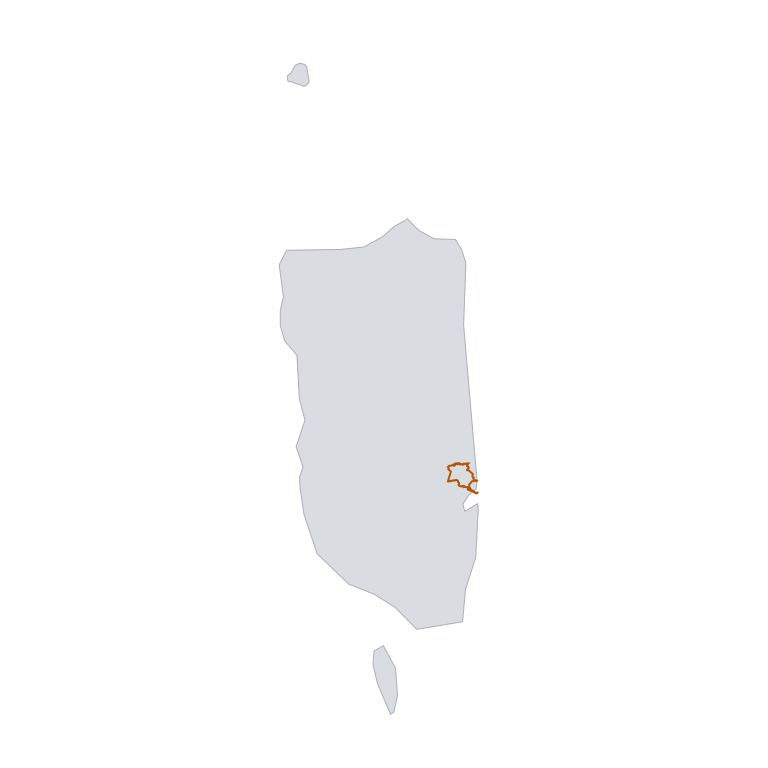 Toa Baja, Puerto Rico shown in context, rotated 83°
{"feature_id": "32010507B67187557196313", "entity_name": "Toa Baja", "entity_type": "district", "adm_level": 2, "iso_a3": "PRI", "parent_name": "Puerto Rico", "parent_adm1": "", "projection": "equal_earth", "projection_center": [-66.203, 18.432], "detail": "fine", "context": "in_parent", "style": "outline", "palette": "amber", "viewbox_px": 768, "rotation_deg": 83, "n_neighbors": 0, "source": "geoboundaries", "source_scale": "gbopen_adm2", "svg_char_len": 2971}
<svg xmlns="http://www.w3.org/2000/svg" viewBox="0 0 768 768"><g transform="rotate(83 384 384)"><path d="M505.0,313.7L512.7,320.3L520.2,319.4L514.2,305.7L519.7,305.7L567.3,314.1L598.0,328.2L629.5,335.0L631.5,381.4L607.3,400.0L591.4,419.4L578.5,443.2L544.5,471.0L503.6,479.3L476.3,480.0L466.1,479.1L456.2,474.4L435.6,478.9L410.2,466.8L388.3,469.8L345.0,466.9L328.8,477.4L313.3,479.8L298.0,477.9L285.1,473.2L253.0,473.5L239.4,464.4L245.1,411.4L245.6,387.5L237.8,367.7L229.2,355.2L223.0,340.6L235.6,330.9L245.9,316.8L249.3,295.6L260.6,290.4L273.9,288.0L335.2,297.8L490.3,303.4L499.2,305.2L505.0,313.7ZM680.2,427.1L660.7,429.1L647.9,426.4L643.7,416.5L667.3,407.2L694.9,408.6L710.7,414.1L712.7,417.8L680.2,427.1ZM71.4,442.4L69.0,442.7L66.7,442.4L65.6,441.4L64.0,438.4L57.0,433.4L55.3,428.8L57.0,423.9L59.9,422.0L74.3,421.4L75.7,421.9L78.6,425.3L78.7,427.7L77.2,430.0L74.7,435.8L73.6,437.3L72.8,438.8L72.4,441.4L71.4,442.4Z" fill="#d9dde1" stroke="#a8b0b8" stroke-width="1"/><path d="M488.2,332.3L488.2,331.8L488.6,331.6L488.2,330.8L488.7,329.8L488.3,328.7L488.1,327.4L488.3,327.0L488.1,326.1L488.4,325.8L488.3,325.0L487.9,324.1L488.2,323.5L488.4,323.4L488.8,322.9L489.0,322.5L489.7,322.6L489.8,322.6L490.6,322.2L491.1,321.6L492.4,321.6L493.1,322.3L494.3,321.7L494.3,321.3L494.7,320.8L495.0,320.2L495.1,319.4L494.8,318.8L495.1,318.5L495.1,318.4L494.9,318.1L495.5,317.7L494.9,317.4L495.1,316.9L495.5,317.1L496.0,316.6L496.1,316.3L496.5,314.8L496.5,313.7L496.9,312.8L497.5,312.0L497.3,313.2L497.6,313.5L497.8,313.4L498.2,313.0L499.0,313.5L499.5,312.6L499.6,312.1L500.1,311.9L500.6,310.7L500.7,310.4L501.3,309.3L501.6,308.4L501.8,308.2L502.5,307.9L502.3,307.3L501.3,307.9L500.8,309.0L499.3,310.7L499.0,310.8L497.9,311.3L496.9,311.8L496.7,311.8L495.9,311.8L494.8,311.7L494.2,311.7L493.8,311.3L493.7,311.2L492.2,309.6L491.5,308.9L491.1,306.5L491.1,306.3L491.4,304.7L491.7,304.1L491.4,303.5L491.0,303.8L491.0,304.1L490.4,305.9L490.4,306.1L489.0,306.8L487.8,306.5L487.7,307.0L486.6,307.5L486.0,307.5L485.1,307.0L484.3,306.8L483.9,307.0L482.9,308.0L481.4,309.2L479.8,310.8L479.6,311.2L479.8,311.9L479.6,312.1L479.2,311.9L478.7,311.2L477.9,310.4L477.2,310.1L476.5,310.4L476.1,310.8L475.6,311.6L474.9,311.7L474.6,311.5L474.1,310.6L473.8,310.6L473.4,310.9L473.1,310.3L472.8,311.7L472.8,312.1L472.9,312.6L473.3,313.2L472.8,314.5L473.7,315.2L473.8,315.6L473.2,316.1L473.0,316.7L473.1,317.4L473.2,318.3L472.5,318.6L472.2,318.4L471.9,319.1L471.5,319.9L472.0,320.6L472.6,320.1L472.7,320.5L472.4,321.3L472.0,321.0L471.5,321.9L471.7,322.3L471.7,323.1L472.1,323.9L472.4,323.1L473.2,323.3L473.6,324.1L473.6,324.7L472.6,325.3L472.5,325.6L472.9,326.1L473.2,327.2L473.2,329.6L473.9,330.3L474.0,330.5L474.4,330.7L474.8,330.2L475.8,330.1L476.3,330.4L476.5,330.5L477.1,329.8L477.4,329.7L478.2,329.0L479.0,328.3L479.4,328.4L482.3,329.7L484.3,330.6L486.3,331.5L488.2,332.3ZM503.1,304.6L503.1,306.5L503.5,306.5L503.8,304.7L503.4,304.4L503.1,304.6Z" fill="none" stroke="#b45309" stroke-width="2"/></g></svg>